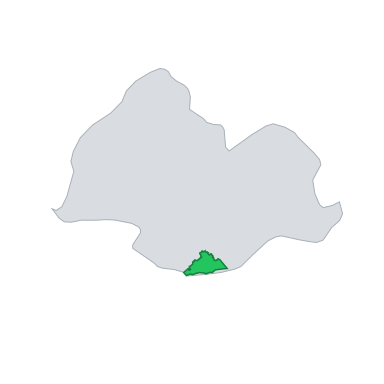 location of Rubavu, Western, Rwanda, rotated 230°
{"feature_id": "39286606B86206624572237", "entity_name": "Rubavu", "entity_type": "district", "adm_level": 2, "iso_a3": "RWA", "parent_name": "Rwanda", "parent_adm1": "Western", "projection": "robinson", "projection_center": [29.369, -1.641], "detail": "fine", "context": "in_parent", "style": "filled", "palette": "green", "viewbox_px": 384, "rotation_deg": 230, "n_neighbors": 0, "source": "geoboundaries", "source_scale": "gbopen_adm2", "svg_char_len": 4761}
<svg xmlns="http://www.w3.org/2000/svg" viewBox="0 0 384 384"><g transform="rotate(230 192 192)"><path d="M157.2,117.6L161.1,117.5L187.0,110.4L189.6,112.6L193.8,126.2L196.0,128.2L199.6,128.7L206.8,125.6L220.1,114.9L226.0,108.5L232.8,99.4L241.5,89.2L246.4,80.2L251.2,75.0L257.4,73.4L264.3,73.8L269.1,74.0L265.2,76.1L264.4,82.7L268.9,93.1L283.8,114.8L293.2,118.8L299.4,127.2L305.4,141.4L307.2,159.1L304.7,180.4L306.2,196.3L311.6,206.7L313.1,220.2L310.5,236.8L307.3,246.7L303.6,250.0L299.4,251.2L293.7,250.1L286.7,251.5L279.1,254.6L274.3,255.1L271.4,254.5L265.8,251.8L256.9,243.2L240.4,248.0L236.0,247.9L229.9,251.9L225.0,257.0L222.0,257.3L219.0,256.6L204.7,246.5L199.6,246.8L197.4,275.3L195.0,291.0L192.1,298.0L182.0,304.8L171.7,308.7L166.1,308.4L143.6,310.5L134.8,310.6L130.0,308.2L123.6,292.2L111.7,285.0L100.2,281.6L95.6,282.6L91.4,291.0L89.7,298.6L78.6,293.4L75.3,287.0L75.0,276.2L70.9,261.4L73.2,255.1L77.5,251.0L86.7,243.2L100.8,232.4L103.8,227.2L105.8,218.6L104.9,198.6L103.5,181.7L105.2,175.7L111.6,162.7L120.2,149.3L130.2,135.2L136.2,133.8L144.1,128.5L152.5,120.5L157.2,117.6Z" fill="#d9dde1" stroke="#a8b0b8" stroke-width="1"/><path d="M138.4,164.0L138.4,163.9L138.5,163.7L138.4,163.7L138.5,163.6L138.7,163.4L138.6,163.1L138.6,162.9L138.6,162.7L138.7,162.4L138.8,162.3L138.9,162.1L139.1,162.0L139.3,162.1L139.5,162.1L140.1,162.0L140.2,161.8L140.1,161.5L140.3,161.3L140.1,161.1L139.9,160.9L139.9,160.7L139.9,160.4L140.0,160.0L140.0,159.9L140.1,159.6L140.2,159.3L140.3,159.2L140.3,158.9L140.2,158.8L140.0,158.7L139.9,158.5L139.9,158.4L139.7,158.3L139.4,158.3L139.2,158.4L138.9,158.2L138.7,158.2L138.4,158.1L138.2,158.1L137.9,158.2L137.7,158.2L137.4,158.0L137.2,157.9L137.2,157.7L137.1,157.4L136.9,157.4L136.7,157.4L136.4,157.3L136.2,157.4L136.0,157.5L135.9,157.5L135.9,157.4L135.8,157.1L135.9,156.9L136.1,156.3L136.0,156.2L135.9,155.6L136.0,155.5L136.0,155.4L136.2,155.2L136.0,154.9L135.9,154.7L135.9,154.4L135.9,154.5L135.9,154.4L136.1,154.3L136.1,153.9L136.2,153.7L136.2,153.3L136.2,153.2L136.1,152.9L136.2,152.6L136.2,152.4L136.2,152.2L136.2,151.9L136.1,151.6L137.3,151.0L137.7,150.8L138.2,150.4L137.6,149.3L137.4,148.9L138.0,148.7L137.9,148.5L137.9,148.3L137.8,148.2L137.7,148.1L137.5,147.7L137.8,147.4L136.6,146.5L136.4,146.3L136.4,146.2L136.4,145.8L136.4,145.6L136.3,145.3L136.3,145.2L136.3,144.9L136.4,144.3L136.3,144.0L136.3,143.7L136.2,143.6L136.2,143.4L136.2,143.1L136.7,142.2L135.8,141.6L135.8,141.4L135.8,141.2L135.7,141.1L135.5,140.9L135.4,140.9L135.0,140.9L134.6,140.9L134.6,141.2L133.7,141.2L133.7,140.0L133.8,140.0L134.1,140.0L134.1,139.6L135.0,139.5L135.8,139.5L135.7,133.9L131.4,134.0L131.2,134.6L130.5,137.4L130.5,137.5L130.4,137.7L130.4,137.8L129.9,138.2L129.5,138.5L129.1,138.8L128.8,138.9L128.8,139.0L128.6,139.1L128.4,139.2L128.2,139.7L128.0,140.2L127.7,141.0L127.3,141.7L127.2,142.4L127.2,142.7L127.1,143.0L126.9,143.4L126.7,143.5L126.4,143.7L126.3,144.0L126.1,144.6L126.0,144.9L125.9,145.1L125.2,146.4L124.2,147.0L123.9,147.2L123.8,147.4L123.7,147.5L123.4,148.0L123.2,148.4L122.3,149.0L122.2,149.1L121.8,149.3L121.3,149.6L121.2,149.7L120.9,149.8L120.7,150.0L120.2,150.3L120.1,150.5L119.9,151.2L119.9,151.4L119.6,152.1L119.4,152.9L118.8,154.3L118.6,154.5L118.3,154.7L118.1,155.0L117.9,155.1L117.6,155.3L117.2,155.6L117.2,155.9L117.3,156.4L117.3,156.7L117.3,156.9L117.3,157.5L117.3,159.3L117.4,159.6L117.3,159.8L113.4,166.0L110.8,169.8L120.2,169.8L121.3,169.9L121.5,169.9L122.1,169.8L122.5,169.7L122.8,169.4L123.0,169.3L123.3,169.3L123.5,169.2L123.8,169.3L124.0,169.2L124.1,168.9L124.2,168.6L124.1,168.2L124.0,167.9L123.8,167.5L123.9,167.4L124.0,167.3L124.0,167.2L124.2,166.9L124.0,166.7L124.1,166.3L124.3,166.3L124.3,166.1L124.5,166.0L124.5,165.9L124.7,165.7L124.8,165.6L125.0,165.5L125.2,165.2L125.3,165.2L125.5,165.2L125.8,165.3L126.0,165.3L126.1,165.5L126.3,165.5L126.6,165.6L126.8,165.9L127.1,165.9L127.2,166.0L127.3,165.9L127.5,166.0L127.9,166.2L128.1,166.0L128.3,166.3L128.5,166.3L128.7,166.2L128.8,166.2L128.9,166.3L129.0,166.3L129.0,166.2L129.1,166.3L129.1,166.7L129.4,166.8L129.6,166.9L129.9,166.8L130.0,166.9L130.3,166.7L130.4,166.4L130.6,166.4L130.7,166.6L130.9,166.6L131.0,166.8L131.3,166.9L131.5,167.0L131.8,167.1L132.1,167.0L132.2,166.9L132.4,166.9L132.5,166.7L132.5,166.4L132.4,166.2L132.5,166.0L132.6,165.9L132.5,165.7L132.7,165.4L132.7,165.2L132.6,164.9L132.8,164.8L133.0,164.7L133.1,164.8L133.3,164.8L133.3,164.7L133.5,164.6L133.8,164.8L133.9,164.7L134.0,164.7L134.3,164.7L134.4,164.8L134.5,164.8L134.8,164.8L135.1,164.9L135.1,165.0L135.2,164.9L135.3,165.0L135.4,164.9L135.6,165.0L136.0,165.2L136.2,164.8L136.3,164.8L136.3,164.7L136.5,164.4L136.6,164.2L136.8,164.1L137.0,164.0L137.3,164.2L137.5,164.2L137.8,164.2L138.0,164.1L138.3,163.9L138.4,164.0Z" fill="#22c55e" stroke="#15803d" stroke-width="1.5"/></g></svg>